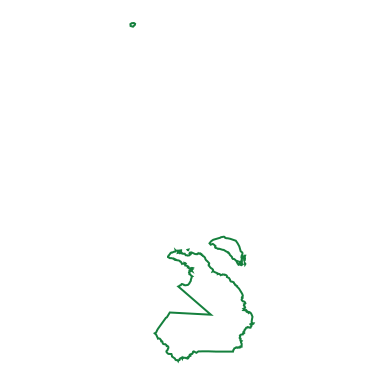 outline of Lau-Mbaelela, Malaita, Solomon Islands
{"feature_id": "97153195B87820202711948", "entity_name": "Lau-Mbaelela", "entity_type": "district", "adm_level": 2, "iso_a3": "SLB", "parent_name": "Solomon Islands", "parent_adm1": "Malaita", "projection": "orthographic", "projection_center": [160.756, -8.207], "detail": "fine", "context": "isolated", "style": "outline", "palette": "green", "viewbox_px": 384, "rotation_deg": 0, "n_neighbors": 0, "source": "geoboundaries", "source_scale": "gbopen_adm2", "svg_char_len": 6104}
<svg xmlns="http://www.w3.org/2000/svg" viewBox="0 0 384 384"><path d="M154.7,333.3L156.2,334.7L158.0,338.6L158.5,338.3L159.8,338.7L160.8,339.8L161.2,341.4L161.5,341.5L161.9,341.2L162.3,341.5L162.8,343.4L163.3,344.0L164.8,344.3L165.3,344.2L166.4,345.1L166.7,346.1L167.5,346.0L168.2,346.6L168.4,347.5L168.2,348.6L167.9,348.8L167.4,350.3L166.7,350.7L166.4,351.4L166.6,352.2L167.8,353.5L168.5,353.9L171.4,354.0L171.9,355.5L172.0,356.5L174.9,358.5L175.5,359.8L176.2,360.2L177.0,360.0L177.7,360.3L178.1,361.0L178.3,360.4L179.4,360.1L179.4,359.3L179.7,358.9L180.4,358.7L180.4,358.3L181.9,357.6L182.3,358.4L182.5,357.6L182.9,358.0L183.2,358.0L183.5,357.7L183.7,357.9L185.0,357.7L186.1,358.2L186.5,358.0L187.4,358.6L188.0,358.4L188.3,358.0L187.7,357.3L188.9,356.4L189.1,356.7L189.5,356.2L190.1,356.0L189.7,355.4L189.6,355.0L189.8,354.7L190.2,354.7L190.6,354.3L191.1,354.5L191.7,353.8L192.3,353.8L193.1,352.3L193.1,351.7L193.8,351.4L196.4,352.8L198.4,351.4L207.6,351.3L216.2,351.6L233.0,351.6L233.3,350.1L233.6,349.9L234.4,348.3L235.9,347.9L236.2,347.3L237.1,347.3L237.8,347.8L238.2,347.5L239.1,347.6L239.2,347.2L239.9,347.3L240.2,346.7L240.6,347.0L240.8,346.6L241.0,346.7L241.6,346.7L241.7,343.8L241.0,342.5L241.1,341.8L241.6,341.1L241.2,341.0L240.8,341.2L240.6,340.9L240.3,340.0L240.6,339.6L240.3,338.9L240.5,338.5L239.7,338.1L239.7,337.5L240.2,336.3L239.9,335.5L241.0,334.6L242.8,334.4L242.9,333.5L243.2,333.2L243.9,333.3L244.2,333.0L243.4,332.1L243.5,331.7L244.6,330.7L244.7,329.6L245.4,329.2L246.2,327.7L246.8,327.5L247.2,327.6L247.6,327.1L248.4,327.4L248.8,327.2L249.7,327.7L250.5,327.7L250.7,327.1L251.5,325.9L251.2,324.7L250.8,324.7L250.4,324.2L251.3,323.7L252.4,324.2L253.4,323.7L253.6,323.3L252.8,323.3L252.1,322.8L251.6,322.0L251.9,319.7L252.5,316.8L251.5,314.3L250.8,313.1L249.8,312.4L249.6,312.5L249.6,312.2L249.1,312.0L248.6,312.1L248.4,312.7L248.1,312.4L248.1,311.8L247.5,311.5L247.2,312.0L246.9,311.9L247.1,311.2L246.3,310.2L245.9,310.5L246.0,311.3L245.3,310.2L243.5,310.1L244.3,309.1L243.8,308.7L244.6,308.5L244.5,307.9L245.1,307.4L244.6,306.3L243.9,305.6L244.3,304.9L244.0,304.2L244.6,304.0L245.4,303.3L244.9,302.2L243.8,301.4L243.1,301.4L241.9,300.4L241.7,300.0L241.6,299.3L242.2,298.5L242.1,297.6L241.9,297.4L242.0,297.2L242.6,297.4L242.6,296.9L242.4,296.7L242.8,295.7L242.4,294.3L241.7,293.0L239.0,288.6L237.0,286.6L237.1,286.1L236.5,285.7L236.0,285.6L235.5,284.8L235.0,284.7L235.0,284.3L234.0,283.3L233.9,282.6L233.7,282.3L232.2,281.7L231.1,281.6L230.2,280.7L230.0,279.6L229.0,278.0L226.9,277.0L226.9,275.9L226.4,275.3L225.0,274.7L224.7,274.9L224.0,274.5L223.2,274.6L222.7,274.4L222.2,274.8L221.2,274.9L220.7,275.2L219.7,274.1L218.6,273.8L217.7,274.1L217.7,273.5L217.5,273.3L214.2,271.9L213.7,271.4L213.1,271.3L212.6,271.5L213.0,270.5L213.0,269.8L212.3,268.9L211.0,268.1L210.0,267.1L209.4,266.1L208.7,265.6L208.7,264.6L209.0,264.4L209.2,263.3L207.3,261.2L206.1,260.2L205.4,259.1L205.1,257.9L204.2,256.7L202.9,256.0L202.7,255.4L202.0,255.1L201.8,254.7L201.6,254.8L201.4,254.3L201.1,254.4L200.7,254.2L200.7,253.7L200.4,253.4L199.8,253.3L199.2,253.7L198.8,253.5L198.5,253.6L198.2,253.3L198.0,253.6L197.1,254.2L196.8,254.0L196.2,254.2L195.0,254.0L192.2,252.7L191.1,253.2L190.7,254.3L189.9,254.7L189.4,255.3L187.7,255.6L186.9,255.2L186.4,255.3L185.7,255.2L184.7,253.7L182.9,253.8L182.3,253.2L181.6,253.4L181.0,253.0L179.8,253.3L178.8,252.6L177.7,252.9L177.9,251.9L178.3,251.7L179.5,252.0L180.2,251.3L181.1,251.6L181.1,250.3L178.3,250.7L175.9,250.7L175.7,250.5L175.8,250.9L175.5,251.0L175.2,251.6L173.8,251.8L171.9,252.7L171.4,252.5L170.6,253.0L169.2,255.0L168.6,255.5L168.4,256.4L168.0,256.6L168.0,257.1L169.8,258.1L171.3,258.1L173.2,258.6L175.0,259.9L175.7,260.0L175.4,259.4L177.2,260.3L178.5,260.4L179.5,260.8L180.1,261.5L180.5,261.5L181.0,262.0L182.0,263.9L182.5,263.6L183.9,263.8L184.4,263.5L184.4,263.0L185.1,263.4L185.3,263.2L185.7,263.5L185.0,264.1L185.2,265.4L185.8,265.4L186.3,265.8L186.7,265.7L188.3,266.6L188.0,267.3L188.4,267.3L188.4,267.7L189.0,268.3L189.5,268.1L189.4,267.5L189.8,268.3L191.0,268.3L191.9,267.9L192.4,268.0L191.6,268.6L191.8,269.2L192.3,269.3L191.8,269.7L191.8,270.6L192.0,271.0L191.7,270.8L191.4,269.8L190.1,270.2L189.8,270.4L190.3,270.8L190.3,271.4L189.3,271.7L189.1,272.3L189.0,272.6L189.4,273.0L189.4,274.2L190.3,274.4L190.7,275.2L192.2,276.3L191.7,276.5L191.6,277.6L190.9,279.6L190.8,280.9L189.5,282.9L189.4,283.4L187.9,284.9L185.5,285.3L184.1,285.1L183.9,284.7L181.9,284.0L181.6,284.1L180.8,285.2L179.6,285.6L179.2,286.1L178.3,286.5L210.9,314.7L169.8,312.5L166.9,317.3L165.9,317.8L158.1,328.6L157.3,329.9L156.1,332.5L154.7,333.3ZM242.6,264.3L241.9,263.6L241.8,262.0L241.7,261.7L241.3,261.6L241.9,261.4L241.9,260.6L241.7,260.5L241.5,260.8L241.4,260.3L241.7,260.1L242.0,259.0L241.4,257.5L241.6,256.8L241.5,256.2L242.5,253.9L242.3,252.5L240.7,251.3L239.3,246.4L237.6,243.3L235.8,240.7L230.2,238.8L227.9,238.3L226.2,238.2L225.1,237.8L224.5,236.9L223.9,236.7L221.0,237.2L220.3,237.7L213.2,239.8L211.2,241.2L209.5,243.3L210.7,244.7L212.8,243.9L214.2,244.9L215.5,246.1L215.0,247.0L215.5,247.9L216.6,248.1L218.0,248.9L218.6,248.7L218.7,248.9L219.7,248.9L222.6,249.8L223.7,249.9L226.6,251.7L228.1,252.2L228.6,252.7L228.4,253.0L229.4,253.7L229.8,254.8L231.9,256.9L232.3,258.3L233.0,259.0L233.9,258.9L235.1,259.7L235.7,260.5L237.1,261.0L236.7,261.1L236.7,261.7L237.7,263.7L238.1,263.9L239.7,262.7L240.4,263.4L241.0,265.1L241.4,265.2L242.6,264.3ZM135.1,23.8L133.9,23.0L131.7,23.2L130.4,24.1L130.6,26.0L133.0,26.7L134.9,24.8L135.1,23.8ZM191.5,252.8L191.2,252.4L189.9,252.6L189.5,253.4L189.9,253.7L190.5,253.8L191.5,252.8ZM243.1,257.2L242.8,256.0L242.4,255.8L242.0,256.4L242.3,257.7L242.6,257.9L242.9,257.8L243.1,257.2ZM244.6,257.1L245.1,255.7L244.8,255.7L244.3,257.1L244.5,258.5L244.9,258.9L245.0,258.1L244.6,257.1ZM239.3,263.9L239.0,263.4L238.4,263.9L238.4,264.6L238.6,264.9L238.8,264.9L239.2,264.5L239.3,263.9ZM244.9,259.3L244.5,259.1L244.1,259.2L244.1,260.1L244.4,260.7L244.7,260.4L244.9,259.3ZM188.4,249.6L187.6,249.8L187.9,250.2L187.9,251.0L188.4,249.6ZM245.3,263.6L244.9,263.2L245.1,264.5L245.3,264.2L245.3,263.6Z" fill="none" stroke="#15803d" stroke-width="2"/></svg>